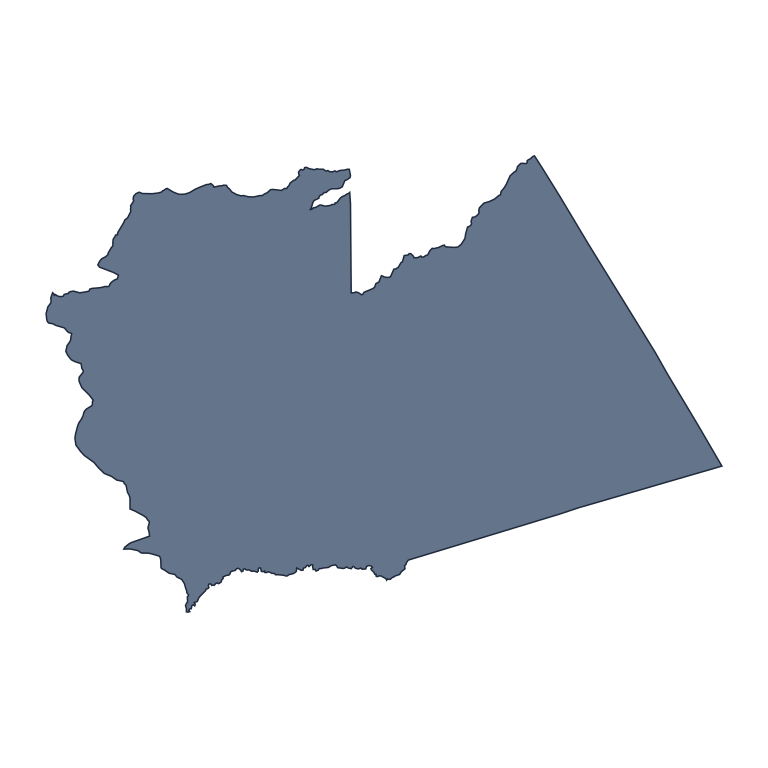 Konoin, Rift Valley, Kenya (Albers equal-area conic projection)
{"feature_id": "3690345B62902351105471", "entity_name": "Konoin", "entity_type": "district", "adm_level": 2, "iso_a3": "KEN", "parent_name": "Kenya", "parent_adm1": "Rift Valley", "projection": "albers", "projection_center": [35.307, -0.537], "detail": "fine", "context": "isolated", "style": "filled", "palette": "slate", "viewbox_px": 768, "rotation_deg": 0, "n_neighbors": 0, "source": "geoboundaries", "source_scale": "gbopen_adm2", "svg_char_len": 6057}
<svg xmlns="http://www.w3.org/2000/svg" viewBox="0 0 768 768"><path d="M52.6,292.7L50.8,297.9L51.1,301.8L50.6,303.2L47.9,306.8L46.1,313.6L46.7,319.3L47.2,321.2L48.0,322.4L49.1,323.2L52.7,323.7L55.8,325.4L64.3,327.9L67.4,331.5L68.9,332.7L70.7,333.0L71.7,333.8L71.0,336.5L70.6,339.9L70.0,341.5L67.1,345.5L65.8,351.4L67.6,355.1L70.5,358.9L71.8,360.1L75.1,361.7L81.1,363.7L81.8,368.3L83.2,370.7L83.2,372.1L79.1,377.3L79.0,380.5L79.3,381.8L81.8,387.6L89.2,395.0L93.2,400.2L92.3,401.9L92.5,404.0L91.8,405.7L86.6,408.9L85.0,410.5L84.0,412.1L83.0,415.9L81.2,419.5L78.9,422.7L77.6,426.1L75.6,433.7L74.9,438.1L75.9,445.1L80.7,451.6L84.3,455.5L94.0,462.5L98.5,467.8L104.2,473.4L111.5,476.4L116.8,480.1L122.5,481.3L123.8,482.0L124.1,483.3L126.1,485.4L127.5,492.4L129.1,495.1L130.0,498.1L130.0,509.0L135.0,511.1L143.9,515.9L146.5,517.9L147.5,519.8L148.9,521.1L149.3,522.6L147.9,528.0L149.0,531.8L149.6,536.1L131.4,542.5L128.9,543.9L124.8,547.2L123.8,549.1L129.7,549.0L131.8,549.3L137.9,550.6L141.0,552.8L142.5,553.1L148.1,553.1L152.2,554.0L159.5,556.2L160.4,558.1L160.8,560.4L161.0,567.8L162.0,568.8L164.9,570.3L169.0,573.2L174.9,574.5L177.0,577.1L181.7,579.4L184.4,583.6L185.9,589.0L186.6,590.4L186.7,592.2L187.4,593.7L188.5,594.6L188.2,596.0L187.3,596.9L187.6,602.0L186.7,602.9L185.5,605.6L186.4,608.7L186.4,611.9L188.0,612.1L189.8,611.6L188.8,610.1L190.0,608.8L191.3,608.7L191.9,605.6L193.2,604.8L194.7,605.9L195.3,604.3L194.2,602.5L197.3,601.5L198.8,597.8L200.0,596.3L205.6,590.6L206.1,589.1L207.8,588.7L208.9,587.5L208.3,585.9L208.8,584.2L210.7,583.8L211.7,585.5L212.9,585.0L214.1,585.4L216.2,583.1L217.5,583.1L218.7,583.7L221.2,582.0L221.6,580.2L223.2,578.4L223.0,576.9L226.4,575.4L228.9,575.1L230.1,573.7L230.5,572.1L231.6,571.3L235.3,570.4L236.5,568.7L238.2,568.3L239.4,569.0L240.6,570.1L241.5,571.7L242.8,571.3L243.5,569.3L244.7,568.6L245.9,569.8L247.5,570.1L249.2,569.8L251.5,571.3L254.1,571.1L257.2,572.2L258.3,571.0L258.3,569.2L259.1,567.9L260.6,568.0L261.3,571.4L263.1,571.7L264.6,571.0L264.9,572.5L266.5,572.6L268.1,571.8L270.2,572.4L271.9,573.4L274.2,573.4L275.6,574.8L277.8,574.7L283.9,575.3L285.8,576.0L287.4,575.9L288.8,574.7L293.1,573.7L295.0,572.6L296.3,571.4L296.7,568.0L301.3,570.4L303.1,570.1L303.3,568.3L305.5,567.4L306.6,565.7L307.9,565.3L309.0,566.6L311.1,564.7L312.7,564.9L312.6,566.5L313.2,569.5L315.2,569.5L316.1,571.1L318.3,570.1L319.3,568.6L321.2,568.6L323.1,568.0L328.3,567.5L331.2,565.7L335.5,564.8L336.7,566.0L337.7,567.7L343.1,568.5L344.8,568.1L346.5,566.9L348.0,567.9L351.2,568.7L353.0,566.4L354.1,566.9L355.2,568.1L356.6,568.6L358.6,568.9L360.7,568.0L362.0,569.2L365.7,569.0L366.6,566.5L368.2,565.7L369.8,565.6L371.3,566.2L372.5,567.5L370.9,568.6L371.4,569.9L373.9,572.3L374.7,574.2L376.1,574.5L376.0,576.0L377.2,576.7L378.7,576.0L380.9,575.9L386.0,578.7L386.6,580.2L387.6,578.9L389.1,579.4L390.3,579.3L392.4,577.4L393.6,577.1L395.1,576.0L399.6,574.5L401.4,571.7L405.0,568.8L404.6,565.8L406.1,564.2L406.5,562.6L408.3,560.1L559.6,514.1L578.8,507.7L721.9,466.1L698.6,426.1L667.5,374.1L655.3,352.5L588.6,244.4L559.7,196.1L542.4,168.2L534.5,155.9L532.9,156.4L530.2,158.9L528.2,159.8L527.1,160.9L527.2,162.7L525.9,163.6L522.4,163.3L520.6,163.5L517.4,166.7L517.1,168.5L515.7,171.3L514.2,172.0L510.1,175.8L506.1,184.7L504.1,187.9L501.1,191.5L500.5,194.8L498.8,195.5L494.5,199.1L489.1,201.6L483.9,203.1L479.4,207.8L478.7,210.7L479.2,212.3L478.5,213.8L476.9,215.6L474.7,217.0L472.4,217.3L471.0,221.4L471.6,223.7L470.9,225.1L469.5,226.3L467.5,227.1L465.5,234.5L465.1,237.8L464.5,239.2L461.2,244.3L457.7,247.1L454.0,247.4L446.5,246.9L444.9,246.3L444.4,245.1L443.0,245.4L438.2,247.6L433.7,248.6L432.2,248.3L429.7,250.9L427.7,254.9L425.5,255.6L424.2,256.7L422.2,257.3L420.9,256.0L417.6,257.6L414.0,257.8L413.6,256.4L410.9,253.7L409.2,253.6L408.0,255.0L404.2,255.5L402.4,261.8L401.0,262.6L398.3,267.2L395.6,269.0L393.9,269.1L390.4,276.9L387.5,277.5L384.0,276.9L382.8,276.1L381.4,275.7L378.9,282.0L375.9,283.6L374.5,287.4L372.5,288.7L364.0,292.3L362.9,294.1L361.7,294.8L358.4,292.7L355.8,291.9L354.5,292.7L351.2,292.9L350.5,203.6L349.7,192.4L348.5,193.5L346.7,194.1L345.2,195.3L341.9,196.8L340.1,198.3L336.9,202.6L335.3,202.8L334.6,204.3L331.7,204.6L330.4,205.4L325.1,206.2L321.4,205.1L319.8,205.0L315.5,207.5L313.4,207.8L311.9,209.3L310.3,209.5L311.3,207.9L312.9,202.5L314.2,200.4L318.8,198.3L319.1,196.8L320.4,195.0L322.1,194.7L324.3,192.5L326.1,192.5L328.7,190.2L331.4,188.8L337.4,188.8L339.8,188.2L342.3,186.8L344.9,180.5L346.9,179.8L350.0,177.7L350.5,175.7L349.3,169.3L347.4,169.2L344.3,170.1L340.1,170.4L336.3,171.8L335.0,170.9L332.0,171.9L329.5,171.6L327.8,170.5L326.1,171.2L323.2,169.2L318.5,169.2L317.2,168.7L314.4,169.7L309.3,168.7L306.4,167.3L304.6,167.6L304.0,169.4L302.7,170.0L301.0,169.4L299.7,170.5L298.5,172.2L298.7,173.9L299.4,175.4L295.1,180.0L293.6,180.3L290.1,183.1L288.8,185.9L287.5,187.0L286.7,188.6L284.5,188.4L281.6,190.4L272.5,189.4L270.5,189.7L267.1,192.8L265.3,193.5L261.8,195.7L260.1,195.5L253.3,197.0L248.1,196.7L243.3,195.5L241.4,195.9L236.7,194.6L231.9,192.0L229.3,188.7L227.5,187.4L226.6,185.4L223.8,185.1L221.7,185.8L219.9,185.8L213.9,187.1L213.4,185.7L210.8,183.5L209.1,184.3L206.3,184.6L200.0,187.1L195.2,189.2L189.4,192.7L184.5,194.2L179.9,194.3L177.5,193.8L173.2,192.0L167.1,188.4L165.5,189.0L164.0,190.3L162.6,190.8L161.6,192.0L158.1,193.0L152.2,193.7L142.3,193.5L139.2,192.2L136.0,193.6L133.6,196.2L133.1,199.1L133.7,200.9L130.5,205.9L130.9,207.4L130.5,209.2L130.8,211.4L127.5,218.0L125.0,219.7L123.4,223.2L118.1,231.9L117.5,233.5L117.5,234.8L115.5,235.1L114.9,236.8L113.8,238.2L113.1,239.5L112.8,243.7L113.0,245.1L112.4,246.5L111.3,247.6L108.4,252.6L107.7,254.8L105.9,256.6L101.6,258.8L99.5,261.5L97.8,264.9L99.6,267.2L113.8,272.6L118.4,275.1L117.4,278.8L114.1,280.2L111.1,282.5L109.9,284.1L109.4,285.8L107.8,286.6L104.6,286.5L102.2,287.3L99.2,287.8L92.0,288.4L89.8,289.1L89.1,291.0L87.1,291.6L79.8,292.8L73.4,291.1L71.0,291.5L69.2,292.0L68.4,293.4L64.1,294.4L63.5,296.1L61.3,296.6L59.1,296.5L56.9,295.6L55.4,294.5L54.3,295.3L53.8,293.7L52.6,292.7Z" fill="#64748b" stroke="#1e293b" stroke-width="1.5"/></svg>